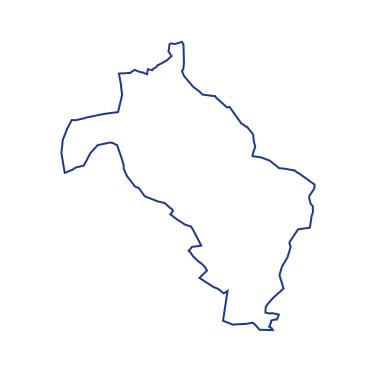 Atakunmosa West, Osun, Nigeria (Mercator projection), rotated 170°
{"feature_id": "59680162B20429116941940", "entity_name": "Atakunmosa West", "entity_type": "district", "adm_level": 2, "iso_a3": "NGA", "parent_name": "Nigeria", "parent_adm1": "Osun", "projection": "mercator", "projection_center": [4.653, 7.599], "detail": "fine", "context": "isolated", "style": "outline", "palette": "blue", "viewbox_px": 384, "rotation_deg": 170, "n_neighbors": 0, "source": "geoboundaries", "source_scale": "gbopen_adm2", "svg_char_len": 2777}
<svg xmlns="http://www.w3.org/2000/svg" viewBox="0 0 384 384"><g transform="rotate(170 192 192)"><path d="M70.0,178.0L83.8,192.2L84.5,192.4L87.5,195.7L88.0,195.6L95.0,198.3L102.1,200.4L109.9,209.3L118.1,214.2L126.2,216.8L125.3,219.3L121.9,225.5L122.3,232.0L121.8,238.1L126.6,246.8L127.3,246.8L131.5,251.0L140.3,269.3L142.8,269.2L142.9,269.3L151.8,280.6L152.5,282.3L164.7,286.1L167.5,290.0L172.6,295.4L179.6,307.4L180.9,313.0L179.3,314.3L177.5,320.5L174.8,338.7L175.8,341.6L183.2,340.7L186.7,342.0L188.5,341.4L190.1,336.3L190.8,334.6L188.5,329.5L189.5,328.9L190.4,328.2L191.8,327.5L192.6,326.8L193.6,326.1L195.0,325.7L196.3,325.1L197.6,324.8L199.2,324.1L200.9,323.7L202.3,323.1L203.9,322.8L204.6,322.3L205.1,321.3L207.2,320.6L208.7,320.1L210.0,318.8L211.0,319.3L212.3,319.8L214.0,320.6L214.8,318.9L215.8,315.8L216.9,316.5L218.1,317.1L219.8,318.4L221.5,318.7L222.8,319.6L223.9,320.0L227.2,322.2L230.3,321.0L231.3,320.5L232.3,319.8L233.6,320.2L235.1,320.4L236.4,320.5L237.7,320.6L239.1,320.7L240.2,321.0L241.9,321.2L243.4,321.3L243.3,308.2L243.5,309.2L244.0,299.7L250.9,283.6L254.3,283.6L257.0,283.9L259.3,283.9L263.0,284.1L267.4,284.1L271.4,284.1L275.3,283.8L277.5,283.8L279.3,283.8L282.2,283.8L285.4,283.3L289.0,283.2L291.9,283.0L294.3,282.9L297.9,283.8L300.8,280.0L304.0,275.9L304.3,275.4L308.6,268.4L310.1,266.0L313.8,253.4L313.9,248.6L313.9,245.2L314.0,239.0L314.0,232.9L306.0,234.6L302.2,236.3L294.1,236.8L291.5,239.9L285.5,247.8L278.0,253.6L276.8,254.5L269.4,254.8L264.8,255.0L261.6,254.1L257.6,251.1L256.2,242.4L255.4,237.1L254.7,230.8L254.7,230.6L255.2,226.6L253.3,219.0L247.1,207.2L243.5,204.9L243.0,203.7L239.3,196.0L227.5,188.8L220.7,185.8L216.0,179.6L215.0,179.1L214.0,176.8L214.9,175.9L215.4,175.4L215.9,174.8L216.5,174.3L217.2,173.8L211.8,167.9L206.7,163.1L204.6,161.1L203.8,160.7L198.9,158.1L197.4,154.1L192.2,137.6L196.9,137.7L199.7,137.9L201.5,138.0L203.5,136.2L203.8,136.0L205.5,134.7L204.2,133.1L203.6,131.8L202.1,128.4L199.1,124.4L197.8,122.6L194.9,119.6L192.6,116.5L190.9,112.0L199.6,106.1L187.6,94.9L182.9,91.9L178.4,86.6L174.2,88.4L183.8,59.8L174.3,54.0L173.0,54.2L161.5,52.7L155.1,52.8L153.0,50.6L149.4,44.6L136.4,42.0L136.6,42.6L137.0,43.1L137.1,43.8L137.9,44.6L139.2,45.8L138.7,46.0L139.0,46.5L138.7,46.7L137.4,49.0L137.1,49.5L136.9,49.6L136.6,50.4L136.6,51.3L136.0,51.7L134.9,51.8L132.4,52.1L130.7,51.6L129.2,53.7L128.2,55.5L127.8,56.0L128.5,56.6L129.6,57.1L131.7,57.8L132.8,58.1L133.8,58.8L134.4,58.9L135.9,58.6L136.6,58.9L140.6,60.4L140.2,62.4L139.9,63.8L139.3,66.1L136.6,68.8L130.3,73.8L118.6,81.0L120.3,94.9L116.4,102.8L109.3,111.1L104.4,120.7L104.9,124.3L104.8,125.5L94.1,136.8L82.1,136.4L78.5,147.2L76.3,151.5L75.9,154.8L75.5,157.0L77.2,159.8L77.7,165.6L77.1,167.8L70.8,174.4L70.0,178.0Z" fill="none" stroke="#1e3a8a" stroke-width="2"/></g></svg>